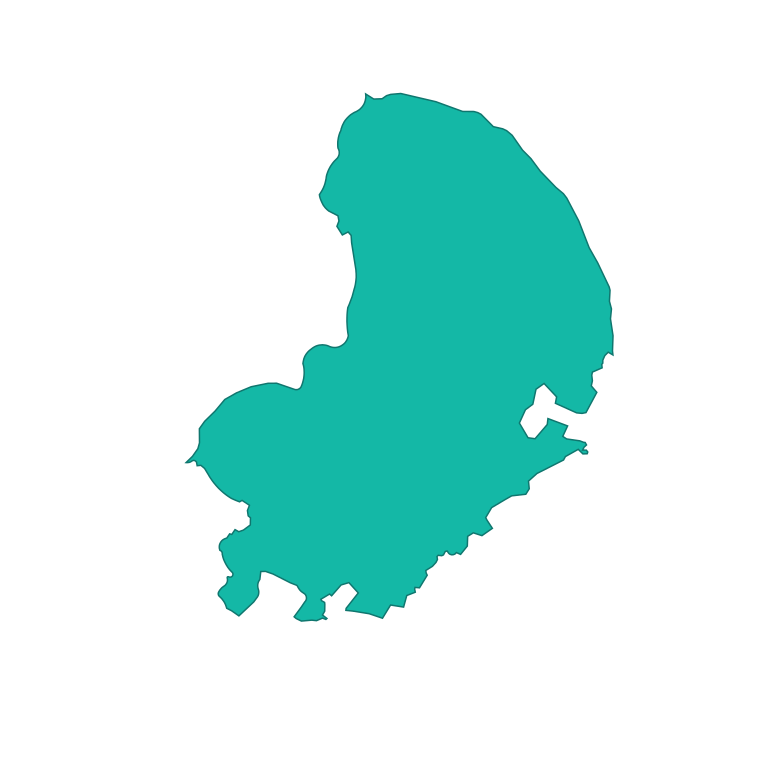 Ain Al Arab, Aleppo, Syria (Mercator projection), rotated 40°
{"feature_id": "27442178B6640625460328", "entity_name": "Ain Al Arab", "entity_type": "district", "adm_level": 2, "iso_a3": "SYR", "parent_name": "Syria", "parent_adm1": "Aleppo", "projection": "mercator", "projection_center": [38.284, 36.533], "detail": "fine", "context": "isolated", "style": "filled", "palette": "teal", "viewbox_px": 768, "rotation_deg": 40, "n_neighbors": 0, "source": "geoboundaries", "source_scale": "gbopen_adm2", "svg_char_len": 6170}
<svg xmlns="http://www.w3.org/2000/svg" viewBox="0 0 768 768"><g transform="rotate(40 384 384)"><path d="M282.9,571.4L283.6,570.9L284.2,570.3L284.7,569.8L285.3,569.1L285.7,568.4L286.0,567.7L286.6,565.9L287.0,565.2L287.4,564.8L287.9,564.5L288.4,564.3L289.0,564.2L289.8,564.2L290.6,564.4L293.4,566.7L296.0,564.0L300.8,564.0L307.6,566.3L309.8,567.1L311.8,567.7L314.7,568.5L317.3,569.1L320.7,569.7L324.4,570.2L327.7,570.4L331.1,570.5L334.2,570.4L336.9,570.2L340.2,569.8L341.5,569.5L345.3,568.4L349.1,567.1L350.1,564.4L358.9,563.4L360.7,568.7L364.7,572.3L367.7,572.3L372.2,577.9L370.2,586.3L367.7,590.5L363.5,591.3L364.1,597.1L362.1,598.0L362.6,603.0L361.5,604.9L361.1,605.8L360.7,607.0L360.5,608.3L360.5,609.5L360.7,610.8L361.0,612.0L361.5,613.2L362.1,614.1L362.8,615.0L363.6,615.8L364.6,616.5L365.2,616.9L365.9,616.7L366.7,616.6L367.4,616.8L368.1,617.0L368.8,617.5L369.1,617.9L369.4,618.3L371.8,620.1L374.0,621.5L376.5,622.7L379.1,623.8L381.8,624.7L383.4,625.1L385.3,625.5L387.0,625.7L389.1,625.9L389.8,626.2L390.4,626.6L390.9,627.3L391.2,628.1L391.3,628.4L391.3,628.9L391.2,629.4L391.1,629.8L390.7,630.4L390.2,631.0L389.6,631.3L388.8,631.6L388.5,631.8L388.2,632.1L388.1,632.6L388.2,632.9L388.4,633.2L389.7,634.3L390.2,634.9L390.6,635.5L391.0,636.1L391.2,636.8L391.5,637.4L391.6,638.2L391.7,639.2L391.7,640.3L391.5,641.1L391.2,642.3L390.9,643.5L390.7,644.8L390.7,646.1L390.7,647.5L390.9,648.8L391.1,649.9L391.4,650.6L391.7,651.1L392.2,651.6L392.7,652.0L393.3,652.3L394.2,652.5L396.2,652.6L398.0,652.8L399.7,653.2L401.3,653.6L402.9,654.2L404.6,655.0L406.1,655.9L407.7,656.9L412.9,655.7L421.9,654.9L424.3,634.7L423.9,628.4L423.6,627.0L423.0,625.6L422.3,624.5L421.4,623.4L420.5,622.6L419.0,621.6L418.1,620.9L417.1,619.9L416.3,618.9L415.6,617.7L415.0,616.3L414.7,614.9L414.5,613.5L411.1,608.3L410.1,606.9L413.7,603.7L421.1,600.9L440.0,596.5L446.6,594.3L447.7,594.5L449.0,595.1L450.3,595.5L451.3,595.8L452.4,596.0L453.6,596.1L454.8,596.1L457.8,595.8L458.4,595.8L459.2,595.9L460.0,596.2L460.7,596.5L461.3,597.0L461.9,597.5L462.4,598.1L462.8,598.7L463.1,599.4L463.3,600.1L463.4,601.1L463.4,602.1L464.0,607.7L464.8,620.1L467.6,620.1L473.1,618.7L480.5,611.3L484.4,608.7L487.4,602.9L490.8,601.7L491.0,600.3L485.4,600.5L484.6,596.1L480.2,590.7L478.9,589.5L475.5,590.1L474.0,589.5L477.3,579.9L480.0,579.9L480.3,565.5L484.8,558.7L498.6,560.6L499.2,580.2L500.3,581.9L505.9,578.1L520.3,569.5L533.4,564.4L531.1,549.1L542.4,542.3L537.4,531.4L541.8,523.4L539.3,521.4L538.5,519.9L542.2,517.3L540.0,502.7L537.8,501.7L535.9,500.0L538.3,492.5L538.5,487.2L537.7,484.0L535.5,482.1L535.6,480.4L538.6,478.4L539.4,476.7L538.6,472.9L539.6,471.4L541.1,471.7L541.9,472.0L542.8,472.1L543.4,472.1L544.0,472.0L545.1,471.6L545.7,471.3L546.3,470.7L546.8,470.2L547.2,469.5L547.6,468.8L547.7,468.1L547.8,467.4L547.8,466.6L552.2,465.3L552.0,454.6L546.0,446.9L548.1,440.6L556.5,437.2L559.8,424.9L550.7,422.2L547.8,421.0L545.9,409.5L551.1,394.6L553.7,387.6L563.5,377.3L562.6,370.9L557.1,365.5L558.7,354.2L570.4,326.8L569.6,323.0L574.8,309.2L581.3,309.7L584.5,306.8L583.8,305.1L581.5,304.6L578.6,307.0L577.9,303.8L578.3,300.5L575.7,299.5L574.3,300.4L570.5,301.7L559.2,308.7L554.6,309.2L551.6,298.1L531.8,305.1L535.1,310.1L534.9,328.8L528.9,332.6L512.8,326.9L508.9,312.8L511.0,303.8L503.8,290.3L506.3,280.7L524.5,282.9L527.7,288.6L550.1,282.3L554.6,279.2L557.1,276.1L552.4,253.6L544.0,252.2L541.6,247.6L537.5,243.7L536.0,240.9L540.7,231.4L538.2,229.0L538.2,227.4L536.3,225.1L534.9,220.3L535.3,215.5L540.7,214.6L537.7,211.7L528.4,199.8L515.6,188.5L510.0,180.3L503.5,175.7L496.9,166.9L494.1,164.9L470.0,153.9L453.5,147.7L428.4,133.9L404.5,124.1L399.1,122.9L389.3,122.9L366.8,120.5L351.7,116.9L339.8,115.8L322.3,111.1L315.1,111.1L310.9,112.2L302.3,116.6L285.0,115.0L281.4,115.8L277.7,117.5L269.0,124.7L242.3,134.4L210.1,150.7L203.0,157.8L200.6,161.5L199.2,166.7L193.0,172.3L183.5,173.6L184.7,174.8L185.7,175.9L186.5,177.2L187.4,178.8L188.0,180.2L188.6,181.9L188.9,183.4L189.1,185.2L189.1,186.5L189.0,187.8L188.9,189.1L188.6,190.3L188.3,191.3L187.9,192.5L187.4,193.7L186.8,194.8L186.1,196.8L185.4,199.1L185.2,200.3L185.0,201.7L184.8,204.1L184.8,205.3L184.8,206.7L184.9,207.9L185.1,209.3L185.4,210.4L185.7,211.8L186.1,213.2L186.7,214.7L187.2,216.1L188.0,217.5L188.6,219.8L189.5,222.1L190.6,224.4L191.9,226.6L192.8,228.0L193.9,229.4L195.1,230.8L196.2,232.0L197.2,232.9L198.1,233.3L199.0,233.8L199.9,234.4L200.6,235.1L201.1,235.7L201.7,236.4L202.1,237.1L202.4,237.9L202.7,238.7L202.9,239.4L203.0,240.2L203.1,241.0L203.0,241.9L202.9,243.2L202.7,245.3L202.7,247.1L202.8,249.0L203.1,251.8L203.7,254.7L204.1,256.2L204.6,257.7L205.1,259.1L205.7,260.6L206.4,262.0L207.7,264.0L208.9,266.3L209.9,268.3L210.8,270.6L211.5,272.8L212.1,275.4L212.5,278.0L212.8,280.5L214.2,281.7L215.8,282.8L217.4,283.7L219.2,284.6L221.0,285.4L222.7,286.1L225.0,286.6L225.9,286.8L228.4,287.0L230.5,287.0L240.6,284.7L244.7,288.1L246.6,293.5L256.3,296.6L258.8,290.6L263.3,291.3L268.5,296.7L289.1,314.6L290.4,316.0L291.7,317.3L293.0,318.8L294.2,320.2L296.2,323.1L298.1,326.2L299.3,328.5L300.3,330.8L301.9,334.2L303.5,337.7L304.8,341.4L306.1,345.1L307.2,348.8L309.0,351.6L311.0,354.4L313.1,357.1L315.5,360.0L317.8,362.5L320.3,365.1L322.8,367.5L325.6,369.9L326.1,370.8L326.5,371.7L326.8,372.6L327.2,373.8L327.4,375.0L327.6,376.5L327.6,378.0L327.4,379.5L327.1,380.7L326.7,382.1L326.1,383.5L325.4,384.8L324.5,386.0L323.7,386.9L322.6,387.9L321.6,388.6L320.5,389.3L319.4,389.8L318.5,390.2L317.3,390.5L316.1,390.9L315.0,391.4L313.9,392.0L312.9,392.7L311.7,393.5L310.7,394.5L309.7,395.5L308.8,396.6L308.0,397.8L307.3,399.1L306.7,400.6L306.3,401.8L306.0,403.0L305.7,404.4L305.3,406.2L305.1,407.9L305.1,409.1L305.1,410.3L305.2,411.5L305.4,412.7L305.6,413.9L306.0,415.0L306.4,416.2L306.9,417.2L307.8,418.9L308.8,420.5L310.3,421.5L311.7,422.6L313.1,423.9L314.3,425.2L315.4,426.4L316.5,427.8L317.7,429.5L318.8,431.2L319.8,433.1L320.7,435.0L321.5,436.9L322.2,439.1L322.4,440.0L322.4,441.0L322.2,441.8L321.9,442.8L321.5,443.6L320.9,444.3L320.1,445.0L319.3,445.5L301.3,452.4L294.7,458.0L284.0,471.5L276.7,485.6L272.0,498.2L272.0,513.4L270.6,527.8L271.3,536.9L280.5,547.7L283.0,553.2L283.8,562.5L282.9,571.4Z" fill="#14b8a6" stroke="#0f766e" stroke-width="1.5"/></g></svg>